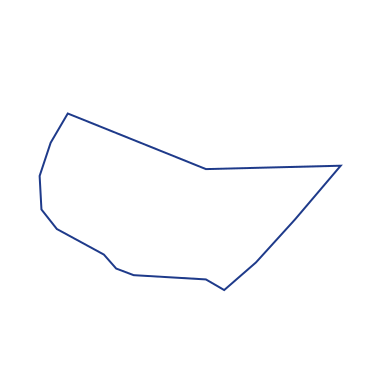 an SVG outline of Paul, rotated 168°
{"feature_id": "CPV-5062", "entity_name": "Paul", "entity_type": "state/province", "adm_level": 1, "iso_a3": "CPV", "parent_name": "Cabo Verde", "parent_adm1": "", "projection": "orthographic", "projection_center": [-25.008, 17.112], "detail": "fine", "context": "isolated", "style": "outline", "palette": "blue", "viewbox_px": 384, "rotation_deg": 168, "n_neighbors": 0, "source": "natural_earth", "source_scale": "10m", "svg_char_len": 354}
<svg xmlns="http://www.w3.org/2000/svg" viewBox="0 0 384 384"><g transform="rotate(168 192 192)"><path d="M180.9,89.4L196.6,103.6L266.4,122.8L282.1,132.9L291.2,149.1L331.9,183.9L342.9,206.2L337.7,239.4L320.0,269.6L297.2,294.6L256.0,266.9L173.6,211.5L41.1,186.8L97.0,143.7L144.1,109.8L180.9,89.4Z" fill="none" stroke="#1e3a8a" stroke-width="2"/></g></svg>